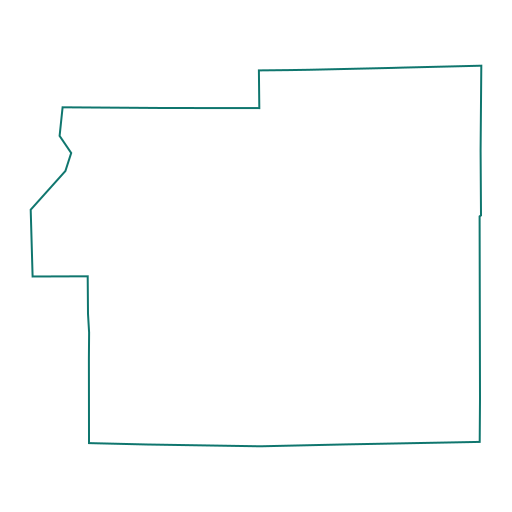 Morgan, Indiana, United States of America
{"feature_id": "52423323B18184838722904", "entity_name": "Morgan", "entity_type": "district", "adm_level": 2, "iso_a3": "USA", "parent_name": "United States of America", "parent_adm1": "Indiana", "projection": "natural_earth1", "projection_center": [-86.497, 39.486], "detail": "fine", "context": "isolated", "style": "outline", "palette": "teal", "viewbox_px": 512, "rotation_deg": 0, "n_neighbors": 0, "source": "geoboundaries", "source_scale": "gbopen_adm2", "svg_char_len": 456}
<svg xmlns="http://www.w3.org/2000/svg" viewBox="0 0 512 512"><path d="M32.6,276.5L87.7,276.3L88.0,313.8L89.1,332.5L88.9,358.7L89.0,435.1L89.0,443.1L147.3,444.5L260.3,446.3L346.1,444.4L479.7,441.9L480.0,399.2L479.6,216.4L481.0,215.4L480.6,150.4L481.3,65.7L402.6,67.6L392.7,67.9L308.4,69.8L288.6,70.1L258.9,70.4L259.3,108.1L162.3,108.0L62.6,107.3L59.6,135.9L71.2,153.0L65.4,171.0L30.7,209.7L32.6,276.5Z" fill="none" stroke="#0f766e" stroke-width="2"/></svg>